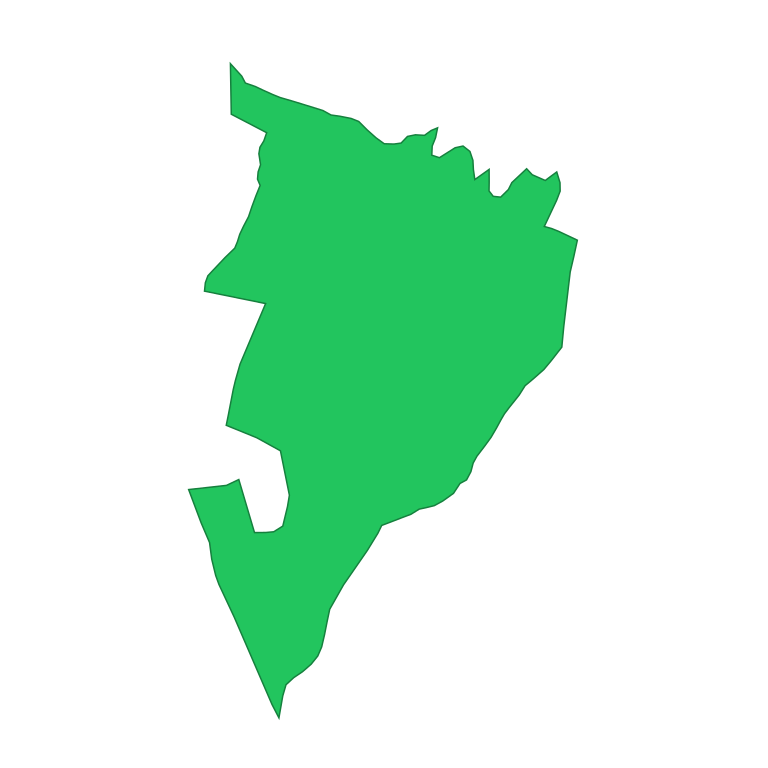 outline of Dagoretti, Nairobi, Kenya, rotated 87°
{"feature_id": "3690345B98870582025559", "entity_name": "Dagoretti", "entity_type": "district", "adm_level": 2, "iso_a3": "KEN", "parent_name": "Kenya", "parent_adm1": "Nairobi", "projection": "orthographic", "projection_center": [36.712, -1.281], "detail": "fine", "context": "isolated", "style": "filled", "palette": "green", "viewbox_px": 768, "rotation_deg": 87, "n_neighbors": 0, "source": "geoboundaries", "source_scale": "gbopen_adm2", "svg_char_len": 1914}
<svg xmlns="http://www.w3.org/2000/svg" viewBox="0 0 768 768"><g transform="rotate(87 384 384)"><path d="M377.9,223.6L369.5,215.8L356.5,204.5L335.6,201.4L281.9,192.2L266.7,187.8L257.5,185.3L250.5,183.4L240.7,201.6L237.5,208.5L235.1,215.7L209.6,202.0L200.6,198.0L192.2,197.7L181.3,200.4L185.5,206.8L189.2,212.3L182.8,225.0L176.5,230.3L189.6,245.8L196.3,249.6L203.5,257.7L202.3,265.1L196.7,269.0L187.8,268.4L175.2,267.8L178.9,273.6L184.6,282.6L174.5,283.5L165.3,283.5L156.3,286.0L150.5,292.6L151.8,300.6L160.9,316.8L158.0,324.3L148.9,323.4L140.7,319.6L131.0,317.1L133.3,323.6L137.8,330.5L136.8,339.6L138.0,347.6L144.3,354.3L144.9,361.5L144.1,371.2L137.9,378.9L129.5,387.4L120.5,395.5L117.1,402.9L114.3,414.0L112.6,422.8L107.7,430.7L100.1,451.3L96.9,460.1L92.5,472.7L89.1,480.0L84.1,489.7L80.2,496.9L76.2,506.7L69.2,509.9L56.1,520.6L106.6,522.4L126.9,488.0L135.0,491.3L141.1,495.5L147.5,496.9L158.6,495.8L165.6,498.6L172.8,499.6L179.2,497.3L189.5,502.1L200.2,506.7L209.8,510.5L219.1,516.0L226.9,520.2L234.2,522.9L240.5,525.9L249.5,536.2L261.3,548.6L266.7,554.2L273.5,557.1L281.9,558.4L297.5,498.0L356.6,526.7L372.7,532.2L381.5,534.8L407.7,541.3L417.0,543.7L431.0,513.9L445.3,490.9L490.1,484.3L501.4,486.8L520.6,492.5L525.8,501.9L526.1,509.9L525.6,521.1L471.8,534.0L477.0,546.6L479.2,584.6L513.0,573.9L533.2,566.5L549.9,565.2L566.4,562.1L575.6,559.3L608.9,545.8L698.2,512.6L711.9,506.4L690.1,501.4L679.2,497.6L672.5,489.5L667.1,480.5L660.0,471.4L652.2,464.4L643.3,460.0L631.2,456.5L618.5,453.3L606.1,450.0L582.4,434.9L572.2,427.0L549.4,409.4L532.7,397.9L525.1,393.7L521.9,383.7L518.3,372.7L515.5,363.9L510.8,355.4L509.7,348.5L508.1,340.1L503.9,331.4L496.8,320.3L487.3,313.3L484.1,306.6L476.1,301.8L467.6,299.1L461.0,295.0L451.5,286.9L442.9,279.9L433.6,273.8L425.9,269.1L420.1,265.3L413.7,259.9L408.0,254.8L402.1,249.6L393.1,243.2L386.7,234.7L377.9,223.6Z" fill="#22c55e" stroke="#15803d" stroke-width="1.5"/></g></svg>